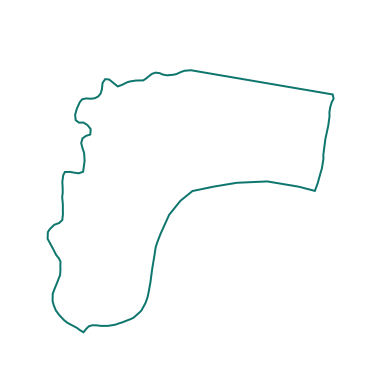 the district of Colares, Pará, Brazil, rotated 172°
{"feature_id": "56859067B45102544726331", "entity_name": "Colares", "entity_type": "district", "adm_level": 2, "iso_a3": "BRA", "parent_name": "Brazil", "parent_adm1": "Pará", "projection": "natural_earth1", "projection_center": [-48.239, -0.919], "detail": "fine", "context": "isolated", "style": "outline", "palette": "teal", "viewbox_px": 384, "rotation_deg": 172, "n_neighbors": 0, "source": "geoboundaries", "source_scale": "gbopen_adm2", "svg_char_len": 1741}
<svg xmlns="http://www.w3.org/2000/svg" viewBox="0 0 384 384"><g transform="rotate(172 192 192)"><path d="M39.1,269.0L170.7,311.0L176.0,312.7L182.5,313.1L186.2,312.4L190.8,311.0L194.0,310.7L200.4,311.0L204.7,312.4L207.5,314.2L211.6,315.3L215.4,314.5L219.0,312.4L221.8,310.7L224.7,309.3L232.1,310.2L238.1,310.1L241.3,309.6L246.4,307.8L250.9,306.9L256.0,312.4L258.5,315.0L262.3,315.8L265.4,312.4L266.9,306.3L268.8,302.2L271.5,299.7L275.1,298.4L279.0,298.4L283.9,299.4L287.8,299.1L290.6,296.6L294.4,290.6L297.0,284.7L297.2,279.4L294.4,276.5L289.7,275.8L286.2,272.8L283.6,268.4L284.7,263.1L289.2,262.3L293.0,260.3L294.9,255.9L294.4,251.0L293.4,245.8L294.0,237.8L297.0,227.2L301.6,226.3L305.5,227.4L310.0,228.9L315.1,229.5L317.2,226.5L319.0,220.1L319.5,214.1L320.1,209.4L321.3,204.8L321.6,197.8L322.4,192.1L322.9,188.0L324.3,182.4L327.8,179.8L333.0,178.7L338.0,175.0L340.3,172.4L341.5,165.8L337.9,156.1L335.3,148.6L333.1,144.9L331.9,141.5L332.6,137.7L333.1,133.3L334.2,128.0L336.1,124.8L337.9,121.5L341.0,116.2L344.1,110.6L345.2,103.6L344.7,99.2L343.3,93.6L340.5,88.5L336.7,83.1L333.6,79.8L324.9,73.5L322.3,70.9L319.0,68.2L315.4,71.5L312.8,73.4L309.2,73.9L304.9,73.2L301.3,72.2L298.2,71.7L293.6,71.1L286.2,71.3L283.1,72.0L279.2,72.6L276.0,73.4L270.3,74.7L267.3,75.7L264.6,77.5L261.1,79.8L258.6,81.7L256.2,84.9L253.4,88.7L250.9,93.5L249.2,97.9L245.7,108.5L244.5,112.9L241.9,122.1L237.9,134.8L236.9,138.2L235.7,142.2L233.3,147.2L229.0,154.9L217.8,172.6L204.7,184.9L191.4,192.9L170.0,194.3L146.5,194.9L116.0,192.0L85.6,182.4L70.2,176.0L66.3,183.2L63.5,189.7L61.9,193.3L60.1,197.2L57.2,206.7L56.8,210.4L52.5,226.1L47.9,238.5L45.3,247.7L44.8,251.9L43.3,256.8L41.1,261.5L38.8,264.6L39.1,269.0Z" fill="none" stroke="#0f766e" stroke-width="2"/></g></svg>